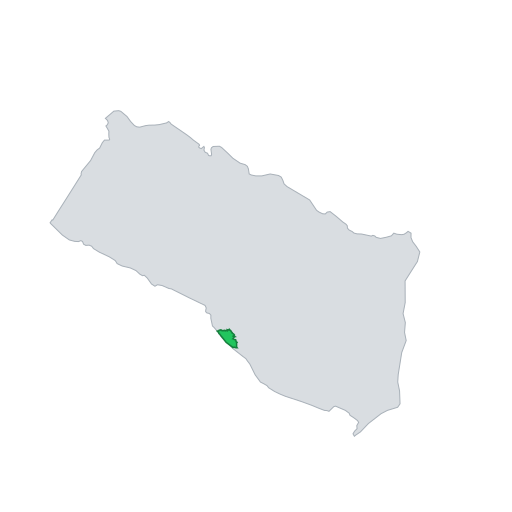 Jaman South Municipal, Brong Ahafo, Ghana shown in context, rotated 303°
{"feature_id": "2480657B92052873943163", "entity_name": "Jaman South Municipal", "entity_type": "district", "adm_level": 2, "iso_a3": "GHA", "parent_name": "Ghana", "parent_adm1": "Brong Ahafo", "projection": "equal_earth", "projection_center": [-2.766, 7.621], "detail": "fine", "context": "in_parent", "style": "filled", "palette": "green", "viewbox_px": 512, "rotation_deg": 303, "n_neighbors": 0, "source": "geoboundaries", "source_scale": "gbopen_adm2", "svg_char_len": 4906}
<svg xmlns="http://www.w3.org/2000/svg" viewBox="0 0 512 512"><g transform="rotate(303 256 256)"><path d="M300.1,57.9L303.1,61.7L303.7,63.8L302.7,71.9L300.5,77.6L299.2,82.9L299.4,85.6L300.7,88.3L305.2,92.4L307.6,95.2L310.3,99.3L313.5,103.3L318.9,108.5L321.2,109.5L321.1,111.0L320.4,113.0L319.9,132.5L319.5,137.5L319.1,140.1L318.7,147.4L318.1,148.4L317.1,148.3L316.1,148.6L315.9,150.1L316.3,151.6L319.5,152.6L318.8,153.7L316.4,154.7L315.3,156.9L315.8,159.4L314.5,161.4L314.9,162.8L315.7,163.8L317.1,163.4L320.9,160.1L322.5,159.7L324.5,160.4L328.1,165.5L328.3,168.0L326.8,176.6L325.4,183.3L325.2,192.1L326.7,197.1L326.5,199.9L324.9,202.2L321.1,205.6L321.4,208.0L323.1,212.3L326.3,217.2L332.5,223.2L335.8,231.1L335.9,234.2L334.0,237.4L331.8,240.2L331.1,244.2L332.2,270.5L327.3,281.9L327.2,285.1L327.7,288.9L329.0,291.2L331.6,291.8L333.6,294.0L332.9,302.0L331.8,310.2L331.7,314.1L331.1,316.0L329.1,317.6L328.5,320.1L328.9,323.3L328.6,325.7L329.6,328.7L331.9,332.5L335.5,341.9L336.9,342.7L337.5,344.7L337.1,346.6L338.5,350.8L342.5,354.9L346.7,358.6L350.2,359.1L351.0,362.3L353.2,366.5L354.8,368.3L357.4,369.5L359.5,370.1L359.6,373.6L355.8,376.0L353.3,379.6L351.3,385.2L348.6,391.2L339.2,394.4L335.6,394.4L316.3,394.6L298.2,406.5L287.8,410.7L281.5,417.5L272.8,422.2L266.9,428.0L254.4,430.8L233.9,439.9L227.5,443.5L221.0,449.9L210.5,457.3L206.3,457.2L198.1,450.3L191.9,446.8L176.7,441.5L165.4,439.4L159.9,437.1L158.4,436.7L159.7,434.2L162.8,434.1L166.2,434.8L168.7,432.9L172.4,432.7L173.3,430.7L173.6,425.7L173.6,421.6L174.9,419.8L175.2,415.0L173.4,404.5L172.1,403.3L165.5,401.8L165.0,399.7L163.8,397.5L162.6,392.0L161.1,383.9L158.8,373.9L154.4,357.3L153.3,351.5L152.5,345.5L152.4,338.4L153.3,335.8L153.1,332.1L152.7,328.4L155.9,320.0L162.0,309.7L163.3,306.0L164.4,303.4L164.6,299.7L165.7,287.7L168.6,273.2L170.5,267.7L171.7,264.7L173.2,259.9L173.6,257.6L179.2,252.0L181.8,250.4L182.4,248.2L181.5,245.8L181.9,244.1L183.3,243.3L185.3,242.6L186.8,240.2L184.5,222.4L182.5,204.6L182.4,203.1L181.3,200.6L180.1,193.3L178.2,189.0L175.6,187.7L175.6,183.6L178.3,176.8L179.0,172.8L177.7,171.6L177.5,168.5L178.4,163.4L178.0,160.3L177.5,157.0L174.7,149.2L174.0,143.7L175.5,140.5L175.4,133.4L173.9,122.6L173.7,115.7L174.7,112.9L174.2,110.1L172.2,107.5L172.0,105.0L173.7,102.6L173.5,100.7L171.4,99.3L169.5,95.9L167.8,90.7L168.1,82.2L171.3,66.5L171.7,65.2L175.3,65.3L175.4,66.0L186.6,65.8L199.5,65.7L214.9,65.5L228.9,65.3L229.5,64.6L231.9,63.7L246.0,65.3L254.8,64.5L258.6,65.0L261.3,66.1L267.4,65.4L270.7,65.8L273.2,69.7L274.2,69.7L275.5,68.0L278.0,66.2L280.5,64.7L282.2,61.6L283.3,59.3L284.9,59.8L287.2,59.6L288.8,57.7L289.4,54.7L300.1,57.9Z" fill="#d9dde1" stroke="#a8b0b8" stroke-width="1"/><path d="M179.9,273.8L179.7,273.9L179.4,273.9L179.3,274.0L179.2,273.9L179.2,273.7L179.3,273.5L179.2,273.4L179.1,273.2L179.0,272.9L178.9,272.8L178.9,272.7L178.7,272.6L178.4,272.5L178.4,272.4L178.1,272.7L177.9,272.6L177.8,272.4L177.6,272.5L177.6,272.4L177.5,272.2L177.6,271.9L177.4,271.9L177.3,271.7L177.2,271.6L177.3,271.6L177.2,271.5L177.1,271.4L177.0,271.2L176.9,271.3L176.8,271.2L176.7,271.2L176.7,270.9L176.5,270.7L176.5,270.4L176.5,270.2L176.4,270.2L176.2,270.0L176.2,269.9L176.0,269.7L175.9,269.7L175.7,269.4L175.7,269.2L175.4,269.1L175.4,268.9L175.3,268.7L175.2,268.7L175.2,268.4L175.1,268.2L174.9,268.1L174.8,267.9L174.6,267.5L174.7,267.3L174.8,267.3L174.8,267.2L174.7,266.9L174.7,266.7L174.8,266.7L174.6,266.3L174.4,266.4L174.2,266.4L173.9,266.1L173.8,265.9L173.7,265.9L173.5,265.7L173.4,265.5L173.2,265.6L172.9,265.4L172.7,265.3L172.6,265.2L172.4,264.9L172.2,264.7L171.9,264.4L171.8,264.6L171.7,264.7L171.9,265.6L171.5,266.3L170.8,267.2L170.7,268.3L169.9,270.2L169.7,271.1L169.2,272.3L169.0,273.3L168.4,274.9L167.3,278.0L166.8,285.7L166.7,286.1L166.8,286.1L166.9,286.3L167.0,286.3L167.0,286.5L167.2,286.8L167.2,287.0L167.3,287.2L167.3,287.3L167.5,287.4L167.6,287.5L167.8,287.6L167.8,287.8L167.9,288.0L167.9,288.4L168.0,288.4L168.0,288.5L168.1,288.8L168.2,289.0L168.3,289.2L168.3,289.3L168.3,289.5L168.5,289.7L168.6,289.8L168.8,290.1L169.0,289.5L169.6,289.0L172.9,286.8L173.2,287.2L173.3,287.2L173.3,286.9L173.3,286.7L173.2,286.6L173.2,286.4L173.3,285.9L173.6,285.7L174.0,285.3L174.2,285.1L174.5,284.9L174.7,284.5L174.6,284.2L174.4,284.0L174.3,283.8L174.2,283.6L174.1,283.4L174.1,283.2L174.1,282.9L174.1,282.7L174.1,282.4L174.1,282.1L174.0,281.8L174.3,281.9L174.5,281.7L176.2,281.9L176.5,282.1L176.8,282.2L176.9,282.3L176.9,282.2L176.9,281.9L176.7,281.7L176.5,281.4L176.4,281.0L176.3,280.7L176.3,280.4L178.0,280.9L178.2,280.4L178.3,280.1L178.3,279.8L178.4,279.5L178.4,278.8L178.4,278.5L178.4,278.3L178.4,278.2L178.5,278.1L178.4,278.0L178.5,277.9L178.8,277.6L178.9,277.3L178.9,277.2L178.9,276.9L179.1,276.6L179.2,276.4L179.2,276.2L179.3,276.1L179.3,275.9L179.5,275.8L179.5,275.7L179.7,275.2L179.7,274.8L179.7,274.7L179.7,274.4L179.8,274.3L179.8,274.2L179.9,273.8Z" fill="#22c55e" stroke="#15803d" stroke-width="1.5"/></g></svg>